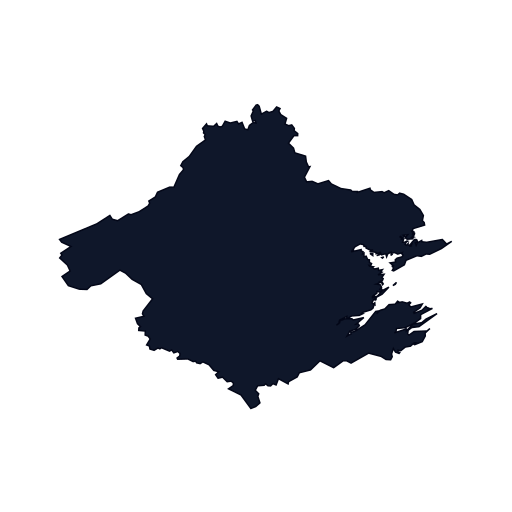 outline of Gort-Kinvara Lea-5, Galway, Ireland, rotated 163°
{"feature_id": "5873133B79086862800883", "entity_name": "Gort-Kinvara Lea-5", "entity_type": "district", "adm_level": 2, "iso_a3": "IRL", "parent_name": "Ireland", "parent_adm1": "Galway", "projection": "robinson", "projection_center": [-8.887, 53.119], "detail": "fine", "context": "isolated", "style": "filled", "palette": "ink", "viewbox_px": 512, "rotation_deg": 163, "n_neighbors": 0, "source": "geoboundaries", "source_scale": "gbopen_adm2", "svg_char_len": 6140}
<svg xmlns="http://www.w3.org/2000/svg" viewBox="0 0 512 512"><g transform="rotate(163 256 256)"><path d="M150.7,123.3L147.7,121.0L146.8,121.6L148.4,123.0L147.8,124.4L145.3,123.1L139.8,125.3L134.6,124.6L130.0,126.8L126.8,125.7L131.3,125.9L130.2,124.8L122.1,125.5L117.5,130.0L116.8,132.9L110.9,135.8L114.4,134.3L126.9,137.6L132.9,135.6L133.8,137.1L132.2,140.5L126.5,142.6L123.7,141.4L127.9,142.0L120.8,140.8L99.7,148.0L111.8,146.0L117.0,143.8L125.8,144.9L134.2,140.4L133.7,142.3L146.2,142.0L144.3,142.7L142.9,145.6L134.0,143.8L123.0,145.9L116.9,148.0L115.7,151.8L102.6,154.3L106.7,155.0L106.1,155.7L108.5,157.4L107.8,158.4L113.1,155.6L121.5,154.9L121.7,156.1L114.2,158.5L111.0,161.5L122.9,162.0L124.1,164.6L121.8,166.0L122.5,167.1L125.3,166.7L129.6,169.4L133.9,169.8L132.9,170.4L133.8,171.4L137.0,169.2L143.0,170.6L148.3,167.7L153.0,167.8L157.6,165.4L154.8,167.6L157.7,168.0L171.8,158.3L183.6,155.0L187.7,155.2L187.7,153.7L192.4,152.8L188.3,156.7L182.1,156.8L178.5,158.5L177.5,159.3L178.0,161.0L180.4,161.5L170.9,165.6L181.7,166.4L182.7,168.0L188.9,169.8L194.4,169.5L195.8,167.4L199.4,166.3L196.6,167.4L194.8,170.3L186.8,171.7L187.2,170.4L186.1,169.6L182.0,170.7L174.6,169.0L170.8,169.6L171.9,170.2L170.6,170.9L161.9,170.9L159.4,171.9L157.3,175.0L156.6,174.4L156.1,176.5L158.0,175.9L158.9,177.3L156.4,179.9L154.8,179.1L154.7,180.7L153.8,179.7L153.1,181.3L146.6,182.6L138.0,187.4L144.2,186.2L151.7,182.1L156.6,181.9L156.8,182.7L156.0,183.7L155.2,183.7L156.0,182.5L154.2,183.0L154.5,184.2L151.5,184.9L150.5,186.8L148.4,185.4L145.2,186.7L145.9,188.7L148.0,187.6L145.1,189.3L145.5,192.0L149.4,194.0L143.6,194.3L143.4,191.6L142.5,192.1L143.2,195.0L143.9,194.9L144.3,195.3L145.0,194.9L145.3,195.2L142.1,195.8L141.0,197.2L142.1,198.5L138.9,201.1L144.8,202.3L140.3,203.7L141.5,204.5L139.2,206.0L143.0,206.4L142.6,208.6L146.5,208.9L148.2,211.5L147.4,211.6L150.4,213.0L150.7,214.1L149.0,213.4L147.7,215.0L149.4,216.6L148.7,219.2L150.3,220.0L150.7,223.6L153.0,223.7L151.9,227.2L153.6,226.8L152.4,228.8L154.0,230.1L153.6,231.4L163.8,232.1L160.4,233.0L162.0,233.4L158.6,235.9L152.9,237.1L149.7,235.3L149.9,233.6L148.1,233.0L148.4,231.4L145.0,228.2L142.2,227.7L145.0,227.0L140.1,224.3L140.5,223.1L137.3,223.2L136.9,222.8L136.6,223.2L136.1,223.1L135.5,220.4L131.6,220.3L130.3,219.4L131.2,218.6L126.8,220.6L127.4,219.9L125.7,220.3L126.0,219.3L122.3,218.7L119.9,216.4L115.3,216.5L116.1,215.8L115.0,213.8L116.7,212.5L121.7,212.7L124.0,211.6L124.2,209.4L129.8,210.2L127.5,206.6L129.3,206.4L128.2,206.2L128.3,203.9L129.9,202.4L128.7,201.5L116.7,204.2L113.8,208.0L102.0,209.2L97.9,207.3L92.7,208.2L89.4,206.9L76.5,208.9L64.5,212.8L70.2,211.7L73.0,217.3L88.8,219.2L93.2,221.1L93.0,222.4L97.9,221.4L99.7,219.4L99.8,222.3L97.3,222.2L97.6,224.5L99.5,224.8L97.7,224.9L99.5,225.4L103.0,223.4L103.0,222.1L104.0,222.5L104.4,220.1L105.6,220.3L104.4,222.3L106.4,221.3L107.5,222.4L107.0,223.3L109.1,222.3L110.1,223.5L108.3,225.3L111.8,226.3L109.7,229.2L112.0,229.5L111.4,230.5L113.2,232.8L112.2,231.9L111.2,233.0L112.1,231.7L110.9,230.5L107.9,231.4L109.0,232.8L104.6,232.0L107.9,229.7L106.6,227.9L101.1,226.6L100.5,227.4L101.3,228.0L99.5,228.0L100.6,229.0L98.4,230.0L98.9,231.5L100.3,230.6L99.7,231.6L98.4,231.6L98.2,230.9L97.7,231.4L98.9,232.7L97.4,232.5L100.6,234.6L98.9,234.3L98.0,236.3L85.7,236.3L85.4,238.9L86.6,241.1L84.1,245.8L85.7,252.6L89.9,258.7L90.6,264.5L96.7,271.9L100.3,274.1L102.7,273.0L106.0,274.6L110.0,279.7L115.0,279.0L116.6,280.7L124.6,282.3L127.3,285.8L127.2,287.5L140.5,287.2L140.1,288.0L145.2,289.6L146.1,291.4L155.1,295.7L162.9,302.9L164.6,306.9L175.7,306.9L180.5,311.0L185.9,312.1L186.7,317.2L178.3,325.7L179.7,325.9L180.4,331.2L179.4,337.0L188.7,343.3L188.6,348.2L192.0,354.4L184.5,360.0L181.0,358.9L180.3,360.9L182.9,364.7L182.0,366.8L183.5,370.9L186.7,371.1L189.7,373.8L186.5,378.7L191.0,384.0L191.8,388.0L189.9,390.0L192.7,392.5L197.6,389.3L201.7,389.4L203.5,391.3L209.4,390.1L209.2,398.3L210.2,400.2L211.7,400.3L216.6,396.7L216.1,395.5L219.7,391.4L219.8,385.9L217.1,385.8L217.1,383.2L219.8,384.4L224.1,382.8L226.9,379.1L229.7,380.8L230.3,387.9L234.1,387.4L234.9,390.3L241.7,390.7L246.1,393.9L250.4,389.8L252.7,389.9L254.5,391.3L254.9,394.2L258.6,392.4L264.5,394.7L264.7,396.8L269.8,393.6L269.4,390.5L270.2,389.1L269.0,386.9L270.5,385.4L270.3,381.8L280.8,378.3L290.7,370.7L298.3,367.6L301.5,364.4L299.8,361.8L300.2,359.6L305.3,356.4L314.4,345.8L318.5,347.1L331.5,345.8L335.0,341.9L342.4,339.9L342.2,337.6L344.5,335.4L354.9,332.5L363.4,332.0L365.7,333.5L378.0,330.2L382.7,333.2L383.9,337.5L398.8,333.3L439.0,329.3L437.8,326.0L430.1,319.2L441.9,315.7L441.3,313.6L444.3,311.5L439.0,302.5L438.1,296.0L447.5,293.1L444.1,282.5L434.6,275.9L427.4,273.4L422.7,275.8L412.6,274.8L390.3,282.3L385.7,277.7L381.3,269.9L374.0,262.3L371.9,252.1L367.4,245.3L380.0,236.4L381.5,233.9L380.7,231.1L389.4,231.7L389.1,225.9L387.1,222.2L389.0,221.5L389.9,219.1L383.8,216.6L385.1,212.8L382.6,210.9L381.4,207.6L386.6,202.9L384.3,201.1L384.6,198.0L381.0,195.6L376.7,196.7L375.1,195.3L373.2,195.9L366.5,190.3L364.1,190.8L362.9,187.4L358.7,187.6L357.1,184.9L358.2,182.7L361.3,181.5L361.1,180.2L351.3,177.5L347.0,173.4L344.5,173.1L344.0,171.2L340.9,169.4L337.8,170.3L332.7,165.7L329.8,158.9L325.4,156.2L329.3,154.3L328.0,150.2L323.4,149.9L320.3,144.2L316.4,143.6L314.8,141.4L315.5,138.8L321.1,137.0L311.0,127.5L305.5,111.7L300.3,112.1L295.2,114.4L295.3,121.3L293.7,123.4L296.0,127.8L292.4,131.4L286.0,130.0L284.2,131.0L282.5,128.4L280.0,127.5L277.2,129.0L274.5,126.8L270.4,132.1L262.7,124.3L261.6,126.3L252.0,128.3L248.7,131.7L237.2,131.1L225.5,137.1L214.4,126.5L203.3,130.3L200.0,129.3L196.4,125.8L176.7,130.2L165.7,123.4L161.9,119.0L157.6,117.4L155.2,119.8L155.0,122.7L151.7,127.4L150.7,123.3ZM137.2,221.1L135.9,221.5L136.3,223.1L137.0,222.6L138.5,222.5L137.6,221.4L140.5,221.1L137.2,221.1ZM131.1,188.2L129.4,189.7L133.7,187.7L131.1,188.2ZM144.2,222.3L143.6,224.2L145.7,225.2L145.9,224.5L144.2,222.3ZM124.7,217.9L126.3,217.8L127.0,217.2L124.7,217.9ZM135.7,217.0L134.1,217.8L136.2,217.7L135.7,217.0ZM131.3,218.5L131.3,217.1L130.5,218.1L131.3,218.5ZM108.2,226.0L107.4,225.6L106.6,225.8L107.2,226.2L108.2,226.0Z" fill="#0f172a" stroke="#020617" stroke-width="1.5"/></g></svg>